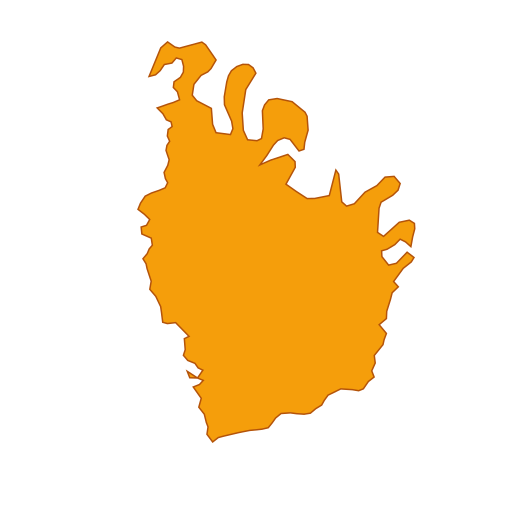 Vitória das Missões, Rio Grande do Sul, Brazil (Robinson projection), rotated 16°
{"feature_id": "56859067B15655627874316", "entity_name": "Vitória das Missões", "entity_type": "district", "adm_level": 2, "iso_a3": "BRA", "parent_name": "Brazil", "parent_adm1": "Rio Grande do Sul", "projection": "robinson", "projection_center": [-54.476, -28.38], "detail": "fine", "context": "isolated", "style": "filled", "palette": "amber", "viewbox_px": 512, "rotation_deg": 16, "n_neighbors": 0, "source": "geoboundaries", "source_scale": "gbopen_adm2", "svg_char_len": 2760}
<svg xmlns="http://www.w3.org/2000/svg" viewBox="0 0 512 512"><g transform="rotate(16 256 256)"><path d="M133.0,229.0L130.4,237.1L129.7,243.7L137.1,246.6L143.8,250.2L142.3,256.7L137.6,259.8L140.2,266.3L150.4,267.7L153.4,274.2L151.4,278.6L150.8,283.7L148.1,289.8L152.5,293.8L154.8,298.2L162.2,309.1L163.1,317.3L170.8,322.4L178.3,330.9L180.9,336.7L184.6,345.4L189.4,345.4L197.1,342.2L213.8,351.7L209.9,355.2L213.8,365.6L213.6,371.5L219.2,375.2L226.9,376.0L231.2,379.5L236.4,380.4L233.4,389.4L239.6,390.1L237.1,395.1L231.8,399.2L242.6,407.9L242.7,417.1L249.9,422.3L254.2,429.8L257.0,433.5L258.0,440.9L265.6,446.7L269.8,440.9L274.3,438.2L281.6,434.1L287.7,430.7L292.1,428.4L298.2,425.3L304.4,422.9L309.5,420.8L315.1,417.7L317.5,412.0L319.5,406.3L323.5,400.5L332.3,397.3L338.4,396.4L345.8,394.8L351.6,392.1L355.5,386.3L360.2,381.2L361.4,376.0L363.6,369.9L374.1,360.4L385.5,357.9L391.8,357.2L395.8,354.1L398.6,345.7L402.9,339.8L398.9,334.5L400.1,326.0L397.1,319.0L402.5,306.2L402.2,301.2L402.7,294.5L393.3,288.1L398.6,280.2L396.9,273.1L397.2,260.8L397.0,253.8L401.3,246.4L395.3,242.6L400.9,227.3L406.9,218.9L408.3,213.9L400.2,210.7L393.0,224.3L386.0,228.2L377.2,221.9L375.3,216.4L380.1,213.4L386.3,206.8L389.9,200.1L395.8,201.2L402.3,204.3L401.3,194.4L401.1,186.1L399.3,181.0L393.5,179.3L384.4,184.1L373.2,202.0L366.3,199.8L361.1,176.1L361.4,169.8L370.7,159.9L374.4,153.6L374.6,146.6L366.8,141.4L358.3,144.6L352.8,155.0L343.2,164.6L336.1,178.7L329.3,183.1L323.5,180.3L312.9,154.5L309.1,151.4L309.8,177.7L296.6,184.5L289.3,186.7L276.7,182.8L265.0,178.7L269.3,159.9L267.5,154.5L258.6,149.6L243.8,159.7L234.6,167.4L238.7,156.4L242.2,144.6L245.0,139.0L250.5,134.6L256.6,134.5L268.4,143.2L272.7,140.2L271.5,133.2L271.4,120.7L266.6,107.6L263.5,104.3L248.2,97.7L232.9,98.8L225.2,102.4L222.6,108.4L222.1,114.6L227.9,131.9L228.9,141.6L225.2,144.9L215.9,146.6L209.2,138.7L203.3,122.3L200.3,98.8L205.5,80.3L201.3,75.9L196.0,74.0L190.5,75.4L185.3,79.2L181.3,84.7L179.9,90.3L179.9,96.7L181.6,111.7L184.0,119.3L195.4,133.1L198.7,140.0L198.0,146.3L183.6,148.5L178.0,141.4L172.4,126.4L156.2,123.1L150.4,119.0L149.0,108.1L153.4,97.5L158.9,92.3L161.1,88.2L163.6,78.6L149.4,66.9L145.0,65.3L125.1,77.3L120.4,77.5L112.0,74.6L107.1,82.2L103.7,112.9L109.5,109.5L112.8,104.2L115.1,97.2L122.0,93.7L124.8,87.6L130.6,87.6L134.1,93.6L135.5,99.3L134.1,105.1L129.2,111.1L130.1,116.8L135.2,119.8L139.5,126.9L134.1,131.3L129.5,134.3L124.2,138.1L120.2,140.9L127.3,144.9L132.3,149.8L137.4,150.5L139.7,154.7L136.7,158.6L137.7,165.1L141.4,169.5L139.9,174.2L140.4,179.3L143.0,183.1L146.0,187.4L146.2,193.2L144.6,201.0L147.6,206.6L150.9,209.9L149.9,215.5L144.8,219.6L138.1,224.3L133.0,229.0ZM233.4,389.4L221.7,385.8L225.9,391.3L233.4,389.4Z" fill="#f59e0b" stroke="#b45309" stroke-width="1.5"/></g></svg>